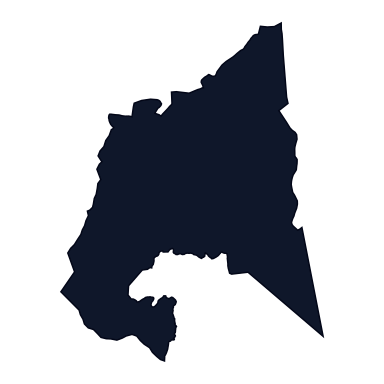 the district of Huautla de Jiménez, Oaxaca, Mexico
{"feature_id": "50627088B6515753474498", "entity_name": "Huautla de Jiménez", "entity_type": "district", "adm_level": 2, "iso_a3": "MEX", "parent_name": "Mexico", "parent_adm1": "Oaxaca", "projection": "orthographic", "projection_center": [-96.809, 18.147], "detail": "fine", "context": "isolated", "style": "filled", "palette": "ink", "viewbox_px": 384, "rotation_deg": 0, "n_neighbors": 0, "source": "geoboundaries", "source_scale": "gbopen_adm2", "svg_char_len": 5890}
<svg xmlns="http://www.w3.org/2000/svg" viewBox="0 0 384 384"><path d="M282.4,39.0L282.0,33.5L281.3,29.4L281.2,23.0L274.4,26.6L267.3,27.0L260.4,26.3L258.4,34.2L257.4,34.4L255.6,34.6L255.1,34.7L254.0,35.2L253.3,35.6L252.3,36.9L251.0,38.3L249.9,40.2L248.3,42.0L246.7,44.4L245.0,46.5L244.0,48.4L243.3,49.2L241.9,49.9L240.5,50.6L237.1,53.4L234.8,55.5L232.8,57.1L230.4,58.7L226.3,61.4L225.0,62.5L222.8,64.4L222.0,65.1L218.0,70.5L217.1,71.7L216.3,74.0L215.6,75.4L215.1,76.0L213.6,76.3L212.3,76.2L211.5,75.9L210.4,75.3L209.3,74.7L208.5,74.6L208.3,74.9L207.5,75.4L206.9,75.9L206.6,76.2L205.3,76.8L203.8,78.0L201.8,79.9L201.4,80.7L201.2,82.2L201.6,83.1L201.9,83.7L202.7,85.3L203.4,87.8L202.2,87.9L200.5,88.8L197.7,89.6L189.1,93.2L176.3,91.7L171.5,92.1L172.0,103.6L171.5,104.6L169.6,106.4L167.9,108.5L164.6,112.0L162.5,114.2L161.1,116.1L159.0,114.7L157.4,114.2L154.9,113.3L155.4,112.3L155.8,111.6L157.9,108.2L159.2,107.4L160.9,105.5L161.4,104.2L161.5,103.8L160.6,102.4L160.2,101.6L159.8,101.1L158.6,100.2L157.0,99.7L150.5,99.2L141.6,100.5L134.2,103.2L133.4,106.8L132.0,116.8L130.6,116.4L128.5,116.1L125.3,116.2L122.1,115.8L119.1,115.0L115.7,114.8L113.2,114.5L110.9,114.2L109.7,114.2L109.0,115.1L108.7,116.7L108.6,118.0L109.0,119.2L109.2,120.8L109.7,122.1L110.6,124.1L111.9,125.8L113.7,127.4L113.5,127.7L112.8,128.9L111.4,129.6L110.0,133.5L109.2,135.7L105.8,140.5L103.9,146.6L100.1,150.9L98.1,155.9L100.9,160.3L102.0,161.7L99.4,164.2L96.9,169.2L100.8,179.6L97.9,183.5L97.3,188.3L96.2,194.4L94.3,198.4L93.3,204.5L93.0,205.5L92.6,207.3L91.1,208.8L89.7,210.2L87.4,211.1L88.3,215.1L88.4,215.7L86.0,220.7L84.6,225.7L82.3,230.0L80.9,234.5L77.9,239.0L74.4,244.6L70.7,248.3L67.8,253.0L74.6,271.9L60.9,291.8L79.1,310.1L80.4,314.7L83.0,319.2L84.4,323.9L88.3,327.9L93.5,329.5L97.7,333.8L101.0,337.4L106.2,338.7L110.8,338.9L115.9,339.9L116.9,340.1L120.9,338.6L122.2,338.1L124.1,337.1L126.1,336.0L132.0,334.4L134.7,335.3L136.8,336.1L140.3,340.5L144.2,344.2L149.6,347.7L152.5,352.4L156.8,356.5L160.4,359.5L164.5,361.0L164.7,356.5L164.7,355.7L165.4,355.0L166.5,352.5L167.6,349.3L168.0,346.9L168.4,344.6L168.6,342.5L168.9,341.7L169.0,341.5L169.3,341.3L170.2,341.2L170.6,340.9L170.9,340.6L171.1,340.3L171.4,339.8L171.9,339.9L173.6,339.9L174.0,339.8L174.3,339.6L174.3,339.3L174.0,339.1L173.7,338.9L173.4,338.8L173.4,338.6L173.5,338.5L173.6,338.2L173.9,338.2L174.0,338.0L174.3,337.9L174.5,337.7L174.7,337.1L174.8,336.6L175.4,336.0L175.3,335.5L174.6,334.6L174.4,334.2L174.5,333.3L175.2,332.7L175.4,331.6L175.5,330.6L175.3,329.4L175.6,329.3L175.6,328.9L175.8,327.6L176.1,327.1L176.4,326.6L175.9,326.3L176.1,326.0L176.1,325.8L176.0,325.7L175.8,325.7L175.7,325.5L175.5,325.2L175.3,325.1L175.2,324.7L174.9,324.4L174.8,324.2L175.0,324.2L175.0,323.9L175.0,323.7L175.2,323.2L174.8,322.9L174.8,322.1L174.6,320.7L174.6,319.9L174.7,319.1L174.6,318.6L174.0,318.2L174.0,317.7L173.8,316.8L173.4,316.1L173.4,315.5L172.8,314.1L172.4,312.8L172.8,312.2L172.8,311.5L173.1,310.8L172.8,309.5L173.0,309.0L173.0,308.5L173.1,307.7L173.4,307.4L173.3,306.7L173.6,305.7L174.5,305.1L175.2,304.6L176.0,302.6L176.2,301.6L175.5,300.1L174.4,299.0L173.6,298.3L172.7,297.5L171.5,297.2L169.0,298.7L167.9,298.3L166.2,297.6L165.8,296.0L165.3,295.8L163.7,295.9L162.7,297.5L160.8,298.6L158.7,300.2L158.1,301.1L157.9,302.8L157.1,304.0L156.0,305.2L155.2,306.1L154.1,306.8L152.9,307.1L152.3,306.9L151.2,305.8L151.0,304.8L151.1,304.0L151.5,302.7L152.0,301.6L152.9,300.8L153.4,299.7L153.8,298.8L153.7,298.3L153.5,297.6L152.9,297.3L151.0,297.1L150.0,296.8L149.2,297.0L147.4,297.0L145.4,297.5L144.4,298.4L142.4,299.4L140.7,300.6L139.3,301.6L137.1,302.1L136.8,301.7L136.4,300.9L135.0,299.9L133.6,299.2L132.9,299.0L131.9,299.1L131.1,298.9L130.7,298.4L130.4,298.0L129.7,297.1L128.0,295.0L128.2,291.5L128.3,289.7L128.6,285.7L135.3,278.0L136.2,277.0L137.9,275.0L142.3,270.0L147.5,269.3L149.4,267.9L150.4,267.6L151.7,267.9L151.9,266.4L152.5,265.3L153.2,264.5L153.9,261.5L154.0,260.5L153.9,259.4L154.0,258.2L154.6,257.4L155.3,256.9L156.2,256.3L157.3,256.0L158.0,255.5L158.9,254.0L159.0,252.6L160.5,251.3L162.7,250.8L163.1,252.0L167.8,251.9L168.0,251.9L169.3,250.1L170.4,249.1L171.4,248.9L171.8,248.5L172.5,248.5L173.4,249.3L173.4,249.6L173.5,250.5L173.3,251.9L173.3,252.3L173.6,252.7L173.7,253.0L174.5,253.5L175.4,253.9L176.0,254.5L177.8,254.5L178.4,254.1L179.6,253.8L180.2,253.7L180.8,253.8L182.0,254.4L182.6,254.5L183.0,254.5L183.5,254.3L184.0,254.4L184.7,254.0L185.5,253.4L185.9,253.4L186.5,253.2L187.3,253.1L189.1,253.3L190.4,253.0L191.1,253.3L192.4,253.4L192.9,253.8L193.6,254.5L195.9,255.0L196.8,255.3L199.1,257.2L200.7,258.0L201.0,258.2L201.4,258.4L201.7,258.4L201.8,258.2L202.3,257.6L203.2,257.3L203.6,257.2L203.9,257.0L204.1,256.7L204.0,256.4L204.7,256.2L204.7,255.6L204.9,254.8L205.0,253.6L205.1,253.1L205.5,252.9L205.9,253.3L206.5,253.8L207.4,254.3L207.9,254.9L208.3,255.8L209.5,256.9L210.4,257.6L211.4,258.2L211.6,258.7L211.8,258.8L213.4,258.5L216.0,257.1L216.6,256.7L218.2,255.6L218.8,254.9L219.2,254.5L219.4,254.1L220.3,253.2L220.6,252.8L221.0,252.3L221.6,252.1L222.0,252.1L222.4,252.4L222.8,252.6L223.0,252.7L223.5,252.8L223.8,253.0L224.1,253.2L224.3,253.2L225.4,253.2L226.0,253.3L227.0,253.7L227.5,257.0L227.3,258.3L227.6,261.0L227.9,263.6L227.9,265.9L228.3,268.3L229.1,271.2L229.6,273.2L231.6,274.1L248.0,272.2L323.1,336.3L301.9,227.5L299.7,229.2L297.7,230.2L293.2,226.1L292.0,224.5L291.5,222.4L292.0,220.7L292.4,219.4L293.2,217.5L293.9,216.1L294.7,213.1L296.6,208.3L297.4,204.1L297.3,200.9L295.9,198.0L294.5,195.2L292.7,192.4L291.7,187.5L291.2,184.5L291.5,181.1L291.9,179.1L292.3,177.5L293.2,174.8L294.6,172.6L296.3,169.8L296.7,165.7L296.9,164.5L297.0,163.8L297.1,161.4L297.1,159.5L296.3,158.1L295.3,157.0L294.8,155.6L294.8,153.4L294.7,148.9L294.9,146.9L295.9,142.9L297.0,139.2L296.6,134.7L295.1,132.4L292.2,130.3L290.0,128.0L286.5,122.3L278.8,110.6L288.0,103.4L286.6,97.1L283.3,55.4L282.4,39.0Z" fill="#0f172a" stroke="#020617" stroke-width="1.5"/></svg>